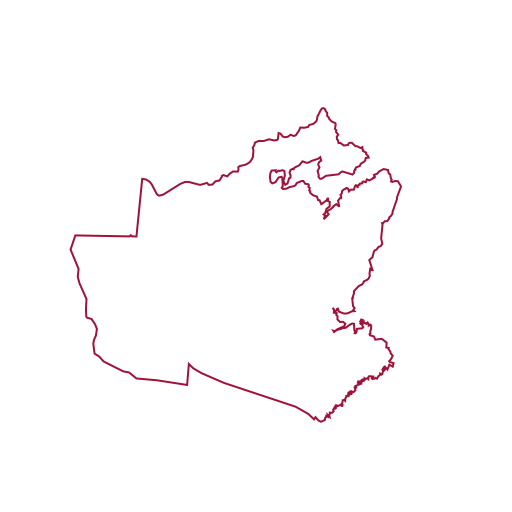 Manurewa Local Board Area, Auckland, New Zealand, rotated 206°
{"feature_id": "76426892B47640846355576", "entity_name": "Manurewa Local Board Area", "entity_type": "district", "adm_level": 2, "iso_a3": "NZL", "parent_name": "New Zealand", "parent_adm1": "Auckland", "projection": "equal_earth", "projection_center": [174.869, -37.024], "detail": "fine", "context": "isolated", "style": "outline", "palette": "rose", "viewbox_px": 512, "rotation_deg": 206, "n_neighbors": 0, "source": "geoboundaries", "source_scale": "gbopen_adm2", "svg_char_len": 6126}
<svg xmlns="http://www.w3.org/2000/svg" viewBox="0 0 512 512"><g transform="rotate(206 256 256)"><path d="M290.8,100.8L261.4,109.9L269.0,129.5L263.2,127.6L253.7,126.8L229.2,127.9L154.3,137.9L139.8,137.0L132.2,134.6L131.9,137.2L127.4,135.5L125.0,135.5L122.2,138.8L122.9,141.2L122.3,142.1L122.7,143.1L120.8,143.0L122.0,144.7L119.5,143.9L120.5,145.2L120.4,146.5L121.0,147.6L118.9,148.4L118.1,150.5L119.3,151.6L119.0,154.5L117.9,153.6L117.5,154.3L118.8,156.8L117.8,157.2L117.1,156.6L114.4,159.6L113.3,158.8L112.6,159.2L112.9,160.1L114.4,160.1L114.0,161.8L114.8,164.4L113.7,165.3L112.4,164.9L113.3,167.2L112.9,168.8L113.5,169.9L111.4,170.6L111.5,172.4L110.3,173.4L110.8,173.8L112.7,172.5L113.0,173.2L112.4,174.9L110.1,174.9L111.0,176.2L108.6,176.5L107.8,179.0L109.8,181.1L109.2,181.7L107.6,181.2L109.6,182.8L106.0,186.8L108.9,186.6L109.2,188.1L108.5,188.5L107.2,187.7L107.0,189.0L106.3,187.6L105.8,187.8L105.8,189.8L104.8,190.7L106.0,191.3L105.9,191.9L104.4,192.1L103.8,191.2L104.9,193.8L103.5,193.6L102.3,195.0L101.1,194.6L101.9,196.9L101.5,197.7L97.8,199.0L97.6,198.0L98.3,196.9L97.4,196.5L95.6,197.8L95.4,198.8L93.5,198.8L93.4,201.4L92.5,203.4L92.9,204.7L91.3,204.3L90.7,205.3L91.3,207.4L91.0,208.4L92.6,209.3L92.2,212.6L91.7,213.2L91.2,212.8L91.1,210.5L90.4,210.2L90.1,212.4L88.1,211.6L88.5,216.8L84.6,216.5L85.4,220.0L89.2,219.4L90.2,219.9L89.4,222.5L89.4,226.3L92.2,227.4L93.1,228.8L96.4,230.7L96.5,231.5L98.8,230.9L100.6,235.4L106.7,236.7L112.1,233.1L114.7,235.4L118.9,234.7L119.7,235.6L119.2,236.6L120.5,238.9L120.5,240.7L122.1,244.1L123.1,244.4L124.2,242.8L124.8,244.1L126.4,245.1L126.5,244.3L127.3,244.1L127.1,243.4L130.5,243.2L130.6,244.2L131.5,243.4L131.7,244.4L132.9,244.4L132.6,245.2L133.6,245.0L133.6,243.1L132.8,243.2L132.7,241.2L132.0,241.2L132.2,242.3L131.5,242.8L131.6,240.9L130.3,241.1L130.3,240.3L128.4,239.1L128.8,237.6L133.5,234.7L132.6,232.6L132.5,230.7L133.0,229.9L133.5,229.9L133.6,231.8L134.9,232.1L138.2,238.0L139.9,237.5L141.8,235.0L143.9,230.8L146.2,229.3L145.3,231.8L147.7,227.6L150.9,225.0L152.5,221.9L153.7,222.7L152.2,222.9L150.7,225.9L145.9,231.7L146.1,234.3L148.9,235.0L151.6,233.5L155.0,234.7L156.4,237.7L158.1,238.3L158.5,239.9L157.9,240.5L161.2,239.1L161.9,241.3L164.3,243.2L160.6,240.9L159.6,242.9L159.9,244.1L159.3,244.6L157.2,242.4L152.4,242.7L150.0,243.6L148.0,245.2L145.5,248.4L143.3,249.6L144.9,250.3L144.6,252.4L146.8,253.5L151.0,260.1L150.5,260.8L151.0,261.1L151.6,265.5L152.6,267.3L150.4,274.2L148.3,276.7L147.7,279.0L148.0,280.3L145.4,283.7L144.9,285.4L145.0,288.1L146.2,289.8L147.8,294.8L146.8,295.3L145.7,294.1L145.1,294.4L152.4,302.0L150.8,306.1L151.9,311.2L151.8,313.0L150.4,314.8L149.9,317.8L148.3,319.4L147.8,322.4L151.2,326.6L156.0,339.6L157.1,340.8L156.2,341.2L155.5,343.7L153.3,344.9L152.7,348.4L153.2,349.2L152.3,351.1L151.9,353.9L152.6,355.5L154.3,369.3L155.0,370.5L156.1,381.8L156.7,382.5L161.3,385.4L164.1,384.2L165.8,382.4L167.3,382.2L167.5,384.1L168.6,384.7L171.1,388.1L173.0,388.5L175.1,391.2L179.4,390.1L182.6,385.7L183.0,383.3L185.5,380.6L184.1,379.5L184.7,378.3L184.0,378.2L187.3,373.6L189.9,373.5L189.7,370.5L192.2,370.1L192.8,369.1L192.3,367.9L194.4,366.5L194.1,365.4L194.9,365.0L195.3,364.0L194.5,361.8L196.4,363.5L197.3,363.4L197.7,362.5L197.1,358.5L200.0,357.1L200.7,354.8L202.9,357.0L204.7,356.8L204.9,355.6L205.9,354.8L207.1,352.3L206.3,349.7L206.9,348.0L205.5,346.9L204.8,345.3L205.8,344.9L206.5,341.7L203.2,337.4L203.6,337.0L206.6,337.8L208.3,334.6L208.0,334.2L209.4,330.9L211.6,327.7L211.1,326.5L209.0,325.3L211.2,318.8L211.5,321.4L210.8,322.7L213.4,323.0L212.6,324.6L213.3,329.3L211.5,332.8L213.5,337.0L215.6,336.9L216.3,339.2L217.0,338.9L216.9,337.1L220.0,331.2L223.4,334.0L224.7,333.4L227.2,336.1L231.6,335.6L235.1,336.6L235.7,338.0L236.9,338.2L237.5,340.7L239.2,341.1L239.5,342.8L240.5,343.4L243.5,342.5L246.4,344.2L248.1,343.2L251.4,339.4L251.5,337.1L252.3,335.6L256.2,332.5L258.0,330.0L261.1,328.0L262.8,328.7L262.5,330.1L263.0,331.4L266.4,337.4L267.8,338.4L270.1,336.5L270.9,330.8L273.2,328.4L275.4,329.0L278.2,333.2L279.4,336.8L279.4,339.6L276.1,341.6L276.1,341.1L274.4,340.2L273.3,342.5L272.0,342.8L269.8,344.7L267.8,344.9L265.4,341.1L264.3,335.4L260.9,332.8L259.5,335.0L260.3,340.4L259.4,341.4L260.1,343.4L262.4,345.6L262.7,348.5L261.3,350.4L260.2,350.4L260.2,352.2L256.9,356.5L255.7,361.5L251.4,361.9L249.2,363.5L247.9,365.7L242.7,370.7L241.6,373.0L239.2,370.3L240.3,368.5L240.5,366.6L240.1,365.4L237.8,363.4L237.9,359.4L235.0,356.1L234.6,354.6L232.4,353.5L231.0,354.1L228.2,358.8L217.6,365.6L216.6,368.3L215.3,369.9L205.0,371.5L204.2,373.9L205.1,375.4L204.5,377.2L205.0,377.4L204.9,379.5L202.2,382.4L202.3,384.7L200.2,388.2L199.7,389.7L200.4,392.3L197.9,393.8L199.0,395.0L201.6,395.8L202.3,397.2L206.0,397.3L206.1,398.3L207.1,398.6L208.1,400.5L209.4,398.9L212.9,399.0L214.9,398.3L219.5,399.8L221.6,398.7L222.1,397.6L221.9,396.2L225.5,393.8L229.8,394.6L231.3,393.7L233.2,396.0L234.3,396.3L235.7,398.6L235.3,401.1L238.5,402.6L238.9,404.2L240.8,404.9L242.0,409.1L243.0,410.2L247.1,410.1L250.4,411.4L251.5,412.5L253.3,413.0L254.9,415.9L257.2,417.0L258.1,418.2L260.0,418.5L261.3,417.6L261.8,415.4L261.9,408.0L260.9,405.1L261.0,403.1L262.3,400.1L265.5,397.1L265.8,394.8L268.9,392.4L272.5,390.9L272.3,387.7L273.2,381.8L274.8,380.4L278.0,380.2L279.7,377.1L282.1,375.4L284.2,375.1L287.8,376.7L289.6,376.4L287.6,370.8L287.9,369.5L290.4,367.8L295.5,366.6L299.6,362.6L303.9,360.7L306.7,357.4L306.1,355.0L306.4,352.0L304.6,349.8L302.1,343.4L302.3,339.3L303.1,336.9L305.2,333.7L309.9,329.8L310.9,328.3L309.5,325.7L309.4,323.8L313.7,321.9L315.8,318.2L316.7,315.0L320.9,314.4L321.8,313.0L321.4,312.2L321.9,307.9L325.2,305.4L326.5,301.1L329.7,299.2L332.1,300.2L337.4,295.4L349.1,293.0L352.3,291.4L355.6,287.7L366.3,270.5L369.6,267.7L372.1,268.0L381.3,274.8L384.1,276.1L388.1,276.6L392.1,275.5L372.0,221.1L376.2,219.3L377.7,219.8L378.2,218.2L427.4,195.3L425.5,180.5L409.8,166.6L407.1,159.2L402.7,154.1L389.5,143.0L385.3,133.2L381.9,127.0L380.5,126.5L376.3,127.3L370.7,124.1L367.0,120.7L365.0,114.2L364.9,110.1L363.9,106.0L358.3,97.5L352.9,96.9L346.7,94.4L324.8,94.1L319.0,95.7L309.8,93.5L290.8,100.8Z" fill="none" stroke="#9f1239" stroke-width="2"/></g></svg>